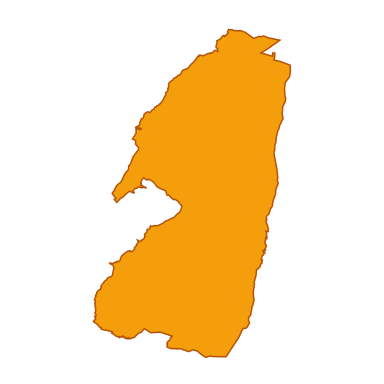 Cuca, Arges, Romania (Equal Earth projection), rotated 3°
{"feature_id": "2599482B86773297924041", "entity_name": "Cuca", "entity_type": "district", "adm_level": 2, "iso_a3": "ROU", "parent_name": "Romania", "parent_adm1": "Arges", "projection": "equal_earth", "projection_center": [24.49, 44.95], "detail": "fine", "context": "isolated", "style": "filled", "palette": "amber", "viewbox_px": 384, "rotation_deg": 3, "n_neighbors": 0, "source": "geoboundaries", "source_scale": "gbopen_adm2", "svg_char_len": 6068}
<svg xmlns="http://www.w3.org/2000/svg" viewBox="0 0 384 384"><g transform="rotate(3 192 192)"><path d="M246.2,334.9L250.1,325.6L252.4,325.4L253.7,324.7L256.2,320.0L256.2,319.1L255.2,317.7L255.1,314.8L255.4,314.0L257.1,311.7L257.9,303.6L258.5,302.7L259.7,296.1L259.2,294.9L258.6,291.3L258.5,287.8L259.2,280.3L258.8,278.9L260.3,271.9L260.5,266.2L262.3,265.0L264.1,262.8L264.2,260.9L265.8,259.0L265.1,257.5L265.9,256.6L265.6,255.9L264.7,255.8L265.3,252.0L266.5,251.2L266.9,250.7L266.7,248.6L267.9,249.1L267.9,248.4L267.6,247.8L266.0,247.2L265.9,246.8L268.5,246.2L267.8,244.8L268.6,243.7L269.1,241.7L268.8,241.0L268.0,240.8L267.5,238.0L267.5,237.0L268.1,236.1L267.9,235.0L269.0,234.8L269.2,234.3L268.0,234.0L268.1,233.5L269.1,233.1L269.2,232.6L268.5,231.9L268.8,229.8L268.3,228.1L267.8,227.3L270.1,227.6L270.3,227.4L269.7,226.9L270.3,224.9L269.7,223.8L269.1,221.4L267.6,218.3L267.5,216.9L268.2,215.7L267.7,215.2L267.7,212.7L268.2,211.5L269.9,210.2L271.3,204.5L272.3,203.3L273.1,201.4L273.0,199.3L274.0,194.2L274.7,193.3L274.5,192.3L275.1,191.4L275.6,188.7L275.5,186.0L276.5,182.0L277.6,179.2L276.5,175.4L277.0,174.0L275.6,164.8L271.8,149.1L271.8,147.4L272.4,146.1L272.3,140.6L273.1,138.3L273.4,132.2L274.6,126.0L275.4,124.5L276.3,120.0L277.3,118.5L277.7,116.7L279.0,114.3L278.9,112.9L277.8,109.0L278.2,106.8L278.0,102.9L278.2,101.8L280.3,97.1L280.7,93.8L279.8,90.9L279.4,88.5L279.0,83.7L279.3,79.1L279.4,77.9L283.3,71.9L283.7,69.6L283.9,65.2L283.4,60.2L272.9,56.9L266.9,55.9L267.5,53.3L267.4,50.7L267.6,49.1L265.5,48.7L265.2,50.0L265.4,52.3L253.7,49.5L259.6,45.4L271.8,35.8L259.9,34.0L255.7,32.5L254.6,32.5L253.0,33.4L251.1,33.0L245.6,35.4L236.4,29.5L235.4,29.5L232.5,28.3L229.2,28.7L227.4,28.4L225.6,28.8L223.4,27.7L221.6,28.2L220.4,27.6L219.3,29.4L219.1,30.2L219.9,31.1L217.4,34.0L216.3,35.0L216.0,34.6L216.1,34.2L215.3,34.0L214.3,34.6L212.6,37.5L208.8,39.9L209.3,41.4L208.3,45.6L208.4,46.1L209.8,47.6L210.1,48.3L210.1,49.5L210.9,50.9L209.5,49.6L207.7,49.2L206.7,50.2L205.8,50.6L205.2,52.0L203.4,52.2L203.6,52.5L203.4,52.6L200.8,52.8L196.7,55.2L195.1,55.3L193.0,54.9L191.5,55.2L191.9,56.1L190.6,56.6L187.0,61.9L185.7,63.5L184.4,64.4L182.0,68.0L180.6,69.1L176.7,70.7L175.3,72.6L175.1,74.0L174.6,74.7L173.1,76.0L171.7,76.4L170.9,78.0L170.0,78.1L169.1,79.0L168.2,79.2L167.6,79.7L167.1,81.0L163.5,83.8L163.5,84.6L162.9,85.6L163.2,86.9L163.1,88.4L162.4,89.8L162.8,90.6L162.5,91.2L162.6,91.9L161.9,93.2L160.5,94.2L160.8,96.3L160.5,97.2L159.8,97.8L158.1,102.1L156.5,104.2L156.3,104.8L155.8,105.5L154.9,105.8L153.7,107.3L152.4,107.8L152.0,108.6L150.6,109.1L149.5,111.3L147.4,112.6L147.0,113.9L146.3,114.1L145.4,114.9L144.1,114.2L143.6,114.3L142.0,115.1L140.4,116.7L139.9,117.5L139.9,119.0L139.2,120.7L138.8,121.3L137.3,121.8L137.3,123.0L136.1,125.5L136.2,127.4L135.9,128.0L133.1,129.9L137.9,131.4L137.5,132.5L132.6,131.2L132.9,132.2L133.1,136.2L129.8,142.3L132.2,143.1L133.0,143.6L133.1,147.2L136.3,150.4L136.2,152.6L131.2,160.2L129.4,166.4L128.2,168.5L127.5,169.1L127.3,173.3L124.5,176.5L123.1,179.4L121.0,185.0L119.7,186.6L117.6,188.3L115.8,190.6L115.1,192.6L114.4,193.7L114.6,194.7L112.8,196.5L112.4,197.9L114.9,200.6L115.1,201.2L116.5,202.2L114.8,203.5L117.4,206.4L121.0,202.1L123.8,200.3L125.9,197.7L129.4,194.5L133.8,196.1L134.3,195.7L133.1,194.2L133.4,193.3L134.9,191.6L136.8,191.1L137.7,189.9L138.8,189.7L141.8,190.5L143.4,189.9L145.7,190.4L145.8,190.0L143.9,189.3L141.6,188.0L140.5,188.2L141.0,186.9L140.4,186.6L140.9,185.6L140.5,185.2L141.2,182.8L142.0,181.4L143.2,180.4L144.8,181.6L146.6,182.4L148.1,181.5L151.6,183.1L154.7,185.8L156.2,188.0L158.9,189.8L165.4,192.0L167.3,196.5L168.6,196.1L172.0,199.2L174.1,200.7L175.4,200.2L179.1,202.4L179.4,203.3L180.2,204.2L181.5,205.5L182.6,206.0L182.3,208.2L181.8,210.5L180.8,212.7L179.9,213.6L178.2,214.9L175.4,218.4L173.1,219.3L168.8,221.8L167.3,222.3L164.5,224.8L160.4,227.0L158.0,227.7L155.9,227.5L154.9,228.1L153.4,228.6L152.9,228.5L152.5,228.0L152.0,228.9L151.7,230.5L150.6,231.7L149.6,231.5L149.3,231.7L149.0,232.7L149.1,233.6L148.6,234.9L147.1,236.3L146.9,238.1L147.3,238.7L147.3,239.3L146.0,241.5L145.3,242.2L144.3,242.5L144.1,242.8L144.2,243.3L143.4,243.5L142.8,244.0L142.4,243.8L141.7,244.1L141.1,243.4L140.1,242.9L140.8,244.4L140.9,245.3L139.3,247.6L139.6,248.1L138.0,249.8L137.4,250.8L137.6,251.9L137.4,252.6L134.9,254.7L133.8,254.8L133.7,254.2L132.7,253.8L132.2,254.4L131.2,254.3L128.6,256.2L125.1,259.5L124.4,261.2L123.7,263.9L122.9,265.0L120.2,265.4L120.3,266.2L118.2,266.5L116.5,267.6L114.6,267.2L113.5,267.4L113.7,267.8L116.7,269.1L117.5,270.2L117.6,271.3L118.2,272.5L117.6,273.7L117.0,278.5L116.5,279.8L115.7,280.8L112.6,281.9L110.8,284.4L109.5,285.6L106.4,290.1L106.0,291.3L106.4,292.2L105.8,293.1L105.7,293.9L104.0,294.8L102.5,296.6L102.1,297.6L102.1,299.2L101.1,299.9L101.5,301.4L100.8,302.6L100.7,303.8L100.1,304.8L101.0,305.7L101.2,306.6L101.1,307.3L100.7,307.9L101.2,308.8L101.0,310.9L101.8,311.7L101.5,312.2L101.8,312.6L101.7,313.0L102.0,314.5L101.9,315.4L102.1,316.5L101.4,317.7L101.9,318.2L101.8,318.6L102.2,319.1L102.6,320.5L102.4,321.1L101.6,321.1L101.3,321.3L102.5,323.9L101.5,324.7L101.3,325.7L100.4,326.0L100.7,327.0L102.4,327.7L103.9,328.8L105.7,330.6L106.4,331.6L108.3,332.0L108.1,333.0L108.9,333.9L117.3,335.2L119.8,335.9L119.2,337.1L121.4,338.2L124.1,340.2L125.4,340.2L127.0,341.2L127.3,340.8L127.4,340.1L129.1,340.7L129.5,339.9L130.4,339.4L130.6,339.5L130.7,340.3L131.6,340.1L132.0,341.2L134.3,341.8L134.3,341.2L135.0,341.5L135.9,341.0L135.6,341.7L135.9,342.1L137.4,341.6L138.1,341.8L138.8,341.1L139.5,341.2L140.6,340.5L141.8,340.4L145.4,336.4L146.8,335.4L148.6,334.8L151.5,330.9L158.3,334.7L167.5,333.6L174.3,335.5L175.4,335.5L176.3,336.1L179.6,337.0L178.6,338.1L177.4,341.2L176.2,341.9L175.0,344.0L174.9,345.1L175.3,345.2L175.4,345.9L175.2,348.2L177.1,348.9L178.1,348.6L179.2,349.5L181.1,349.5L182.1,349.1L183.0,349.5L184.5,349.2L185.5,349.7L186.7,349.2L189.5,349.2L192.0,350.2L193.5,350.2L195.5,351.4L197.9,351.4L200.5,349.6L204.3,350.2L205.7,350.7L211.2,354.7L214.4,356.4L218.3,354.9L221.4,355.2L234.6,354.8L246.2,334.9Z" fill="#f59e0b" stroke="#b45309" stroke-width="1.5"/></g></svg>